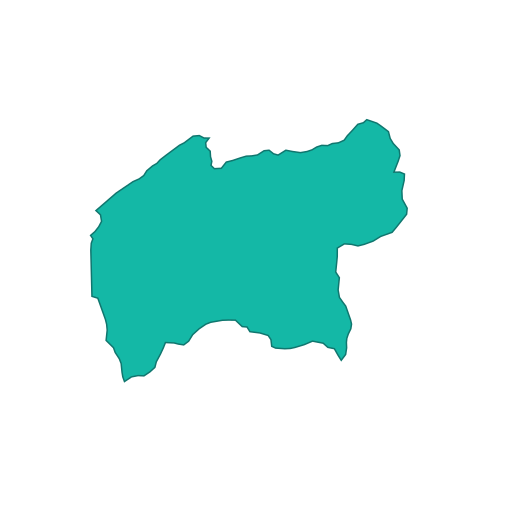 the district of Ourinhos, São Paulo, Brazil, rotated 233°
{"feature_id": "56859067B77835067166290", "entity_name": "Ourinhos", "entity_type": "district", "adm_level": 2, "iso_a3": "BRA", "parent_name": "Brazil", "parent_adm1": "São Paulo", "projection": "natural_earth1", "projection_center": [-49.859, -22.956], "detail": "fine", "context": "isolated", "style": "filled", "palette": "teal", "viewbox_px": 512, "rotation_deg": 233, "n_neighbors": 0, "source": "geoboundaries", "source_scale": "gbopen_adm2", "svg_char_len": 2005}
<svg xmlns="http://www.w3.org/2000/svg" viewBox="0 0 512 512"><g transform="rotate(233 256 256)"><path d="M389.6,277.9L389.6,272.1L389.6,266.7L390.5,261.6L390.6,244.7L390.5,237.3L389.6,232.6L390.2,227.6L389.8,220.1L387.8,214.8L387.9,209.0L389.4,202.5L390.4,182.3L388.6,155.5L382.5,156.6L376.6,153.5L374.0,148.0L372.4,142.0L372.0,136.3L367.9,136.1L365.3,132.1L360.2,127.7L322.5,100.7L317.5,104.3L296.0,97.6L291.3,95.6L286.3,92.5L278.8,85.5L268.5,87.0L263.7,85.5L256.2,85.0L251.3,83.6L243.7,79.0L239.7,76.9L234.9,75.4L234.4,83.8L231.5,89.8L227.7,94.4L227.3,101.5L227.9,108.2L231.5,112.7L235.2,120.7L238.4,126.7L241.4,131.6L235.8,138.3L232.5,140.9L228.5,144.8L228.5,150.9L231.3,158.1L232.1,166.8L231.7,175.0L230.3,180.0L224.9,190.5L221.4,195.5L217.1,201.0L207.9,202.5L204.7,206.1L199.2,205.6L192.2,212.8L185.2,217.9L180.2,217.6L174.4,214.2L170.7,216.2L164.6,223.2L161.5,227.8L159.6,231.9L156.2,241.1L154.0,249.9L145.9,257.2L139.8,258.4L134.8,262.8L127.3,261.8L121.4,261.3L123.4,268.3L128.1,273.1L132.6,276.2L135.6,279.0L138.2,282.8L140.8,287.9L144.1,291.3L147.9,293.0L162.0,297.5L167.1,297.5L172.7,297.7L179.4,301.1L188.5,309.5L195.2,310.0L202.0,316.3L206.7,320.6L213.4,325.7L212.5,333.9L207.9,339.2L202.7,343.5L200.2,349.4L197.4,358.6L196.6,367.4L193.0,379.0L194.6,385.8L196.8,394.2L198.7,401.4L203.2,405.5L213.4,407.0L220.4,411.8L227.1,419.7L232.1,423.9L236.4,421.4L240.0,416.6L246.3,426.8L249.5,431.4L254.5,434.2L263.3,433.3L269.1,433.9L275.6,436.6L284.7,434.0L289.3,432.5L293.2,429.9L298.2,426.5L297.8,422.0L299.9,416.6L298.2,407.9L297.1,401.4L295.4,396.1L296.8,389.9L299.9,384.6L301.0,379.7L304.8,375.1L306.5,370.1L307.1,364.5L308.7,359.7L311.8,353.7L317.4,348.1L322.5,343.5L323.3,334.4L327.1,331.5L332.6,330.1L335.2,325.8L335.8,318.0L338.6,312.7L341.6,308.3L343.7,302.7L346.3,294.9L348.9,288.8L346.9,281.1L350.8,275.3L355.4,274.6L358.2,277.7L362.6,279.4L367.3,282.5L372.8,281.6L376.8,284.0L378.4,289.5L381.5,285.5L386.3,283.2L389.6,277.9Z" fill="#14b8a6" stroke="#0f766e" stroke-width="1.5"/></g></svg>